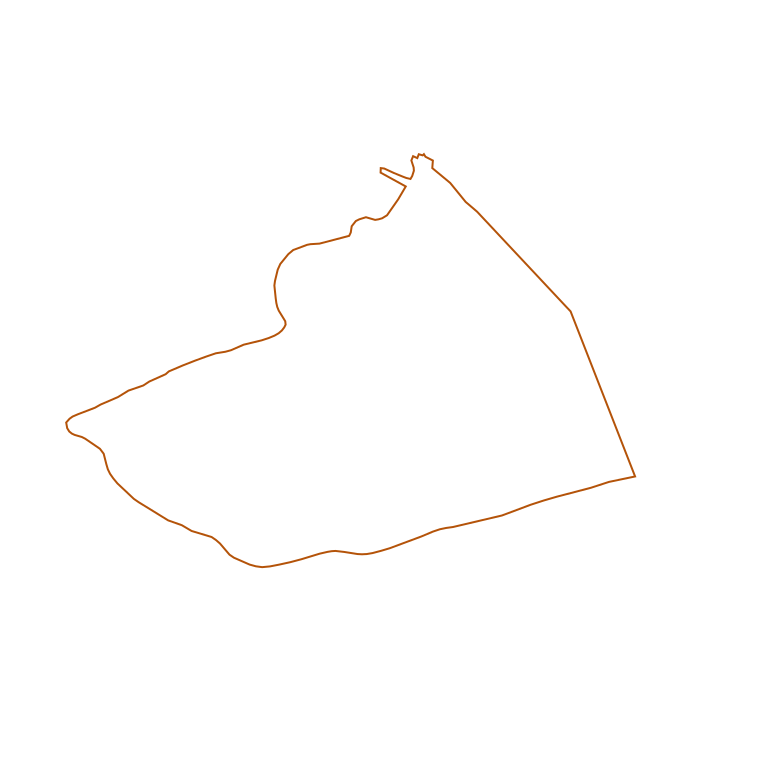 Ngermasech, Palau (Albers equal-area conic projection), rotated 27°
{"feature_id": "81905179B83677896294556", "entity_name": "Ngermasech", "entity_type": "district", "adm_level": 2, "iso_a3": "PLW", "parent_name": "Palau", "parent_adm1": "", "projection": "albers", "projection_center": [134.129, 6.897], "detail": "fine", "context": "isolated", "style": "outline", "palette": "amber", "viewbox_px": 768, "rotation_deg": 27, "n_neighbors": 0, "source": "geoboundaries", "source_scale": "gbopen_adm2", "svg_char_len": 1737}
<svg xmlns="http://www.w3.org/2000/svg" viewBox="0 0 768 768"><g transform="rotate(27 384 384)"><path d="M315.2,161.1L314.7,162.7L310.7,163.5L311.1,167.6L306.5,167.8L306.9,172.4L312.1,177.6L313.8,180.4L314.7,185.8L314.5,189.3L310.4,190.3L306.6,190.7L297.0,191.5L286.4,191.9L283.1,193.1L285.0,197.2L313.7,198.1L312.8,213.0L310.1,232.3L307.1,237.2L304.3,239.8L301.6,241.8L292.2,243.6L287.2,248.5L284.9,251.6L283.6,258.1L285.6,264.1L285.7,267.8L262.8,288.2L255.0,292.8L252.3,294.9L242.3,305.8L239.8,311.7L237.1,324.1L237.4,330.4L240.1,341.7L241.6,346.0L248.6,356.8L251.3,360.7L253.9,363.8L256.9,366.4L267.5,372.9L269.4,375.8L269.4,378.9L268.7,382.7L267.1,386.6L264.5,390.6L260.4,395.4L255.1,400.7L241.1,412.7L232.3,423.4L228.0,427.3L220.2,433.0L213.1,440.3L205.2,448.8L196.4,458.7L186.6,470.4L185.0,474.4L173.8,488.3L170.2,494.6L159.3,505.9L152.9,516.4L140.8,531.0L137.3,536.3L125.2,549.7L121.3,554.4L119.6,557.7L118.3,562.6L121.8,567.2L125.1,569.2L128.4,569.9L131.5,569.8L138.8,568.4L142.6,568.4L160.3,570.7L165.9,573.4L173.1,581.6L176.7,585.4L180.7,588.4L185.6,591.0L191.6,593.6L196.4,595.0L213.2,599.9L219.0,600.7L253.6,603.5L268.0,601.6L279.3,602.3L299.8,598.6L305.1,599.3L310.3,600.6L323.8,606.2L329.1,606.9L346.3,605.9L352.6,604.6L358.6,602.5L365.2,598.3L372.5,592.6L381.4,585.3L390.0,577.6L403.7,564.4L409.9,559.2L413.3,556.7L416.5,554.8L424.8,551.7L437.7,547.5L441.7,545.7L445.9,543.3L450.6,539.8L457.2,533.9L463.7,527.7L486.5,502.9L494.6,493.3L499.8,488.0L504.8,484.0L510.4,480.1L548.8,447.6L569.4,425.1L579.2,415.3L589.2,405.9L615.5,382.5L628.9,369.1L649.7,352.4L517.3,234.6L510.0,232.0L388.7,188.2L374.1,184.7L351.7,174.8L329.0,169.7L326.1,162.7L317.8,162.7L315.2,161.1Z" fill="none" stroke="#b45309" stroke-width="2"/></g></svg>